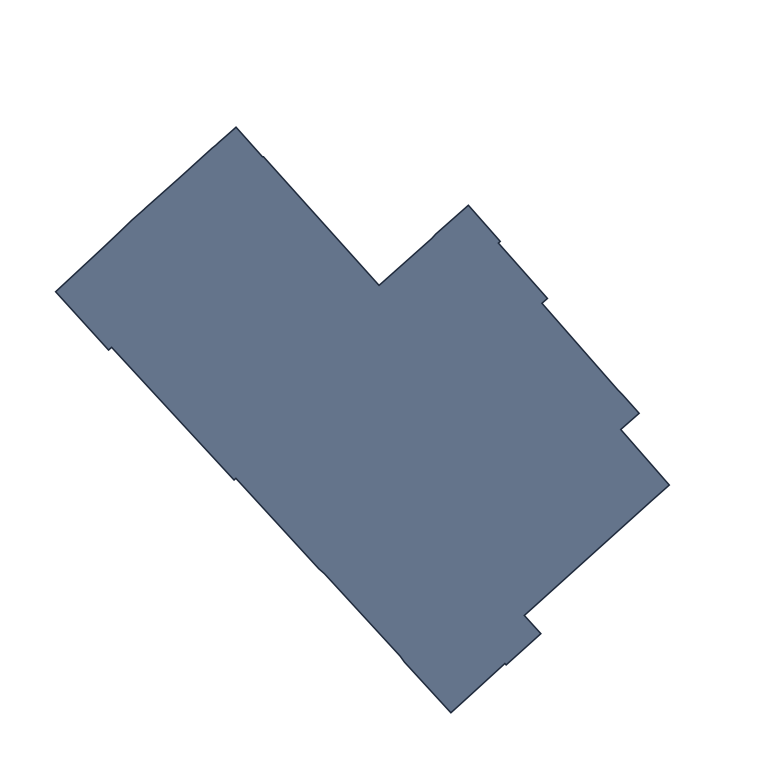 Harney, Oregon, United States of America, rotated 138°
{"feature_id": "52423323B63966770736551", "entity_name": "Harney", "entity_type": "district", "adm_level": 2, "iso_a3": "USA", "parent_name": "United States of America", "parent_adm1": "Oregon", "projection": "orthographic", "projection_center": [-119.059, 43.02], "detail": "fine", "context": "isolated", "style": "filled", "palette": "slate", "viewbox_px": 768, "rotation_deg": 138, "n_neighbors": 0, "source": "geoboundaries", "source_scale": "gbopen_adm2", "svg_char_len": 694}
<svg xmlns="http://www.w3.org/2000/svg" viewBox="0 0 768 768"><g transform="rotate(138 384 384)"><path d="M263.6,118.2L239.6,118.0L238.5,191.8L214.0,191.5L213.9,216.1L214.2,223.4L212.6,338.3L205.3,338.2L204.7,412.2L202.2,412.2L201.7,460.4L245.2,460.8L251.1,460.2L321.7,460.6L321.5,633.5L322.3,634.2L322.1,673.9L329.6,673.9L345.0,674.1L349.0,674.0L354.0,674.3L397.5,674.1L440.7,674.4L444.5,674.4L444.8,674.3L461.5,674.5L481.4,673.8L502.6,673.3L566.3,672.3L566.0,593.5L561.9,593.5L559.7,413.0L557.2,413.0L556.1,290.2L555.2,282.9L554.1,171.0L554.9,163.6L554.3,94.9L529.8,95.0L481.2,95.4L481.2,93.5L434.5,93.5L434.6,118.1L263.6,118.2Z" fill="#64748b" stroke="#1e293b" stroke-width="1.5"/></g></svg>